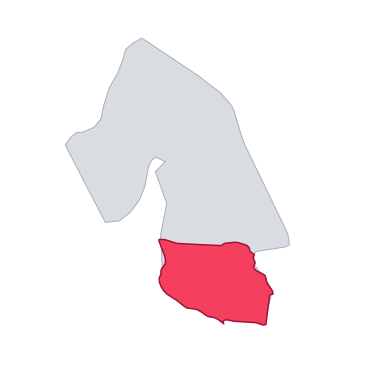 location of Obock within Djibouti, rotated 127°
{"feature_id": "DJI-1570", "entity_name": "Obock", "entity_type": "Region", "adm_level": 1, "iso_a3": "DJI", "parent_name": "Djibouti", "parent_adm1": "", "projection": "equal_earth", "projection_center": [43.052, 12.273], "detail": "fine", "context": "in_parent", "style": "filled", "palette": "rose", "viewbox_px": 384, "rotation_deg": 127, "n_neighbors": 0, "source": "natural_earth", "source_scale": "10m", "svg_char_len": 1738}
<svg xmlns="http://www.w3.org/2000/svg" viewBox="0 0 384 384"><g transform="rotate(127 192 192)"><path d="M268.4,242.9L258.3,264.0L245.4,291.0L230.7,321.6L221.5,321.8L214.3,320.1L209.5,314.9L199.4,309.2L188.0,308.8L177.2,314.1L158.9,320.7L142.3,322.8L128.9,326.5L117.9,330.8L107.9,328.5L99.3,324.6L97.4,292.0L95.4,256.6L95.7,228.9L98.8,213.7L101.5,207.8L117.1,186.7L122.6,178.1L140.5,143.3L155.8,113.5L167.3,91.2L170.8,86.8L175.6,82.6L179.0,83.8L201.3,105.3L205.2,104.7L212.6,98.0L219.4,75.0L224.1,66.7L226.1,66.9L240.4,60.5L253.3,53.2L255.0,60.7L274.5,91.6L280.9,106.8L287.5,134.6L284.1,150.0L279.0,160.1L271.5,169.2L245.3,191.2L216.3,205.3L197.7,233.5L183.9,231.6L186.0,242.2L191.1,243.4L199.2,241.4L215.2,233.2L229.4,229.3L244.7,229.0L258.6,232.5L268.4,242.9Z" fill="#d9dde1" stroke="#a8b0b8" stroke-width="1"/><path d="M226.9,67.8L228.1,67.7L253.4,53.3L255.3,55.0L256.4,57.8L257.3,60.9L258.6,63.5L270.0,80.7L272.7,86.5L274.4,88.7L276.2,89.4L278.1,87.7L278.1,93.2L278.3,95.8L278.9,98.5L279.8,100.6L280.9,102.3L281.7,104.3L282.1,107.0L282.2,113.0L282.6,116.2L283.3,118.4L287.7,126.4L288.0,129.1L287.7,138.2L288.6,150.0L287.9,155.1L286.2,159.7L283.7,163.6L280.6,166.3L279.7,166.6L276.5,167.3L273.4,169.5L271.0,170.1L266.0,170.2L263.8,171.0L260.0,174.6L251.1,188.8L250.4,189.3L249.7,189.7L247.0,186.0L246.0,184.0L242.7,174.6L241.3,171.8L217.3,136.5L214.3,135.4L213.1,134.7L212.0,133.8L206.2,127.3L205.4,126.0L204.7,124.8L202.0,117.4L201.7,116.2L201.7,115.0L201.9,113.9L202.2,112.9L202.7,112.1L204.2,110.4L204.6,107.3L204.3,104.7L208.0,103.4L209.6,100.3L210.6,98.9L214.0,98.0L215.5,97.0L216.2,92.8L215.1,87.9L214.7,83.2L219.8,76.9L222.5,68.4L224.4,66.1L225.5,66.3L226.9,67.8Z" fill="#f43f5e" stroke="#9f1239" stroke-width="1.5"/></g></svg>